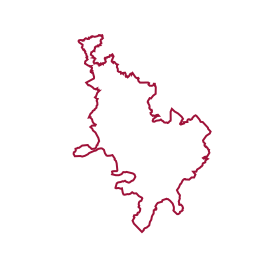 Chiconquiaco, Veracruz, Mexico, rotated 228°
{"feature_id": "50627088B84819198582198", "entity_name": "Chiconquiaco", "entity_type": "district", "adm_level": 2, "iso_a3": "MEX", "parent_name": "Mexico", "parent_adm1": "Veracruz", "projection": "orthographic", "projection_center": [-96.756, 19.758], "detail": "fine", "context": "isolated", "style": "outline", "palette": "rose", "viewbox_px": 256, "rotation_deg": 228, "n_neighbors": 0, "source": "geoboundaries", "source_scale": "gbopen_adm2", "svg_char_len": 5851}
<svg xmlns="http://www.w3.org/2000/svg" viewBox="0 0 256 256"><g transform="rotate(228 128 128)"><path d="M74.8,187.6L82.4,187.5L84.0,186.1L86.5,186.8L91.0,187.0L92.2,186.7L92.6,185.0L92.3,182.4L91.8,181.5L92.0,180.6L92.4,179.6L93.2,179.6L94.0,178.8L94.2,178.0L93.7,176.9L92.7,176.2L95.1,173.2L93.9,172.7L95.2,169.6L96.1,169.4L96.5,169.9L96.5,171.0L97.5,172.6L98.0,175.0L100.5,175.4L105.4,174.9L109.0,173.7L112.9,173.4L111.5,170.5L105.4,165.1L104.9,164.4L105.2,163.4L104.9,161.6L105.3,160.7L106.1,160.6L107.0,159.3L108.0,158.6L109.6,158.7L110.0,158.3L112.3,158.1L112.5,156.8L114.5,153.9L115.0,151.9L115.9,151.0L116.8,151.1L117.8,152.8L117.4,157.7L116.3,159.1L117.8,159.1L118.6,157.9L119.0,155.9L120.1,155.5L120.4,154.5L123.0,154.2L124.2,154.9L123.9,156.4L125.0,157.5L125.7,157.7L126.0,157.1L127.9,157.0L128.8,157.3L129.1,158.1L130.6,159.1L133.0,159.6L133.4,160.1L134.1,160.0L134.6,160.6L135.7,164.1L134.6,164.8L135.2,168.4L134.9,171.4L139.6,175.8L140.7,176.4L141.2,176.2L142.9,177.5L143.6,176.8L142.8,175.8L143.3,174.1L144.9,172.4L146.6,172.3L147.2,173.7L148.3,173.4L153.7,167.3L155.8,167.2L157.3,167.9L157.7,169.1L158.5,169.1L159.0,168.0L160.6,167.5L165.8,168.2L165.4,166.7L166.2,167.3L166.7,166.0L165.9,163.3L165.9,161.6L167.1,161.5L167.4,160.8L168.1,161.0L168.1,161.6L168.5,161.4L169.7,162.4L171.1,162.8L172.1,161.4L171.5,160.6L172.6,160.5L173.1,159.2L174.6,160.1L175.8,158.8L177.1,158.5L178.8,160.0L180.7,160.5L181.9,161.8L182.0,162.8L183.6,162.0L186.0,162.1L186.7,161.7L186.3,160.6L188.3,160.4L189.0,161.1L190.9,165.2L193.2,165.7L193.4,164.5L192.9,164.0L194.2,163.1L193.3,161.8L194.3,160.5L194.2,159.8L194.7,159.5L194.8,158.5L195.5,158.0L195.4,157.4L194.8,157.0L194.3,157.4L193.2,156.2L192.1,155.9L191.9,154.1L192.8,153.0L192.1,152.1L193.2,151.8L193.2,150.4L193.7,150.6L193.7,149.6L194.1,149.9L194.0,148.9L194.6,149.3L194.9,148.5L196.4,149.0L196.8,148.2L197.3,148.4L198.4,146.1L200.0,146.5L200.6,147.2L200.6,148.0L201.5,149.3L201.4,149.9L202.9,149.5L203.1,149.0L203.1,149.5L203.6,149.1L203.4,149.7L204.8,150.0L207.3,149.4L208.8,151.4L208.5,152.0L208.5,153.9L207.6,154.5L208.9,155.7L209.1,156.6L210.1,157.4L210.0,158.8L209.3,159.4L209.6,160.5L208.6,160.8L209.1,161.5L208.2,162.7L208.6,162.7L209.0,163.8L208.7,164.8L209.7,165.5L210.4,165.4L211.4,166.3L211.8,167.2L211.5,167.9L211.6,169.5L213.0,169.7L213.3,170.6L214.2,170.9L214.6,169.7L215.5,168.9L215.6,169.4L216.5,168.6L216.5,167.1L218.0,164.3L220.2,162.8L220.5,161.9L219.9,161.7L220.2,160.5L221.3,159.4L220.4,158.6L221.2,157.5L222.9,156.7L223.1,155.5L222.8,154.7L223.6,153.1L222.9,153.1L223.1,152.7L224.8,152.0L225.9,150.4L225.9,149.8L225.5,149.3L224.3,149.0L220.3,150.0L219.2,148.9L218.9,147.7L215.9,147.1L215.8,147.8L213.6,147.5L213.6,147.1L212.3,146.5L211.0,146.5L209.3,145.4L208.5,145.6L208.0,145.3L208.1,144.2L206.0,143.9L206.1,140.8L204.7,139.2L200.7,140.3L199.8,141.0L199.4,140.8L198.8,141.7L198.8,141.4L198.4,141.6L197.9,141.3L197.0,141.6L196.1,140.8L195.7,139.3L195.2,139.1L194.8,139.4L194.8,138.7L194.3,138.4L194.8,138.0L194.5,137.8L193.8,138.7L193.1,138.3L192.8,139.0L188.6,136.9L187.6,135.8L189.7,127.3L186.3,127.1L186.0,127.7L184.4,128.3L181.6,129.0L180.2,128.9L178.6,129.8L178.2,131.2L178.0,130.8L177.8,131.2L177.2,131.0L177.2,131.3L176.6,131.1L176.1,131.7L175.3,130.7L174.8,131.4L174.7,128.8L172.9,125.3L172.9,124.0L170.5,124.3L169.9,124.8L169.2,122.9L167.7,122.4L165.7,120.8L165.5,119.5L164.2,118.1L164.2,115.6L163.8,115.1L164.3,113.3L163.7,112.0L163.7,109.7L162.0,105.9L161.1,107.3L160.8,107.0L158.5,107.1L156.6,106.0L155.3,105.7L153.6,105.7L152.1,106.3L151.7,105.2L153.8,103.0L153.9,100.7L151.5,101.0L149.6,100.3L146.5,100.8L140.4,99.3L137.6,97.8L136.5,94.9L135.8,94.0L136.1,93.2L134.9,91.3L134.8,90.3L135.1,89.2L136.8,86.9L138.8,86.9L139.9,86.5L142.3,86.7L145.6,82.2L146.0,78.4L147.0,77.2L147.0,76.4L147.7,75.1L146.2,74.1L145.8,72.8L146.2,71.5L145.1,70.2L142.6,69.6L139.1,73.8L137.4,74.9L136.2,77.3L135.3,80.7L135.4,82.3L133.7,87.4L132.8,88.9L132.4,91.9L130.9,94.4L129.9,95.1L127.9,95.5L124.7,94.0L122.0,93.6L121.0,94.2L119.3,96.4L118.3,98.3L114.1,97.7L113.5,96.9L111.6,97.0L109.3,95.9L103.6,91.7L103.4,90.9L105.9,88.0L106.3,87.0L104.5,86.0L104.2,85.2L101.0,87.4L99.0,89.7L98.0,92.4L98.4,95.0L96.9,96.4L96.4,97.5L91.0,101.2L89.1,101.7L86.8,100.8L85.8,98.0L85.7,96.3L86.2,95.4L86.5,92.7L87.0,91.9L89.3,90.7L90.8,90.5L91.4,88.7L92.1,88.3L92.7,86.5L94.2,84.2L94.4,82.6L91.9,78.6L91.2,78.8L89.8,80.8L87.6,82.1L87.2,83.1L83.4,80.8L81.6,80.2L80.6,80.9L79.3,83.3L78.2,84.3L77.5,85.9L77.5,88.1L75.4,88.6L73.8,90.5L70.1,90.5L67.0,91.7L66.2,91.6L65.0,89.2L65.6,87.6L65.4,86.5L64.6,85.4L63.8,84.6L62.7,84.4L62.3,83.0L59.8,83.1L58.4,81.5L57.8,79.7L58.5,78.6L58.2,77.7L57.3,77.2L57.3,76.6L59.0,74.1L58.3,72.9L57.1,72.8L56.1,69.4L53.0,68.4L41.4,68.8L41.5,71.2L42.1,71.8L42.3,73.3L41.5,75.3L41.4,78.6L43.5,81.4L44.3,84.0L46.3,86.6L47.1,88.8L47.2,89.7L49.6,92.1L49.2,93.2L49.6,93.6L49.4,94.5L48.7,94.4L48.8,94.9L49.6,95.5L51.4,95.9L52.2,98.4L52.4,100.0L50.5,103.9L51.3,105.3L49.6,109.3L49.0,109.4L48.5,110.1L45.8,110.6L42.0,110.6L38.6,109.2L36.8,107.6L36.5,106.7L35.8,106.5L31.1,106.9L30.4,107.7L30.1,109.4L30.9,110.6L30.3,112.2L30.3,113.6L31.2,114.1L31.6,115.3L33.5,116.1L35.5,116.1L36.2,115.0L36.6,114.7L37.3,115.0L37.3,115.5L39.4,116.5L40.9,119.3L41.8,119.8L43.3,121.6L46.1,121.9L49.1,122.8L49.8,126.1L51.3,129.2L51.1,130.1L52.5,133.7L52.4,135.7L51.7,136.4L51.3,136.3L48.7,138.9L48.7,142.1L47.0,144.0L48.3,147.0L51.9,147.2L49.9,149.6L50.9,151.6L50.3,155.0L50.5,156.2L50.2,156.8L50.4,158.4L51.3,159.3L51.6,160.4L50.9,161.8L50.9,162.6L51.7,163.2L52.0,164.9L51.7,166.6L53.1,166.1L54.5,163.8L55.5,163.7L55.2,165.7L53.9,167.8L55.1,171.9L57.1,172.8L57.5,173.6L58.6,173.3L59.9,173.7L61.3,173.4L61.5,173.7L62.1,173.6L62.1,173.1L63.5,173.1L64.2,173.4L64.8,174.8L67.2,174.7L68.6,175.5L69.8,181.0L69.2,185.1L70.1,187.0L73.8,187.0L74.8,187.6Z" fill="none" stroke="#9f1239" stroke-width="2"/></g></svg>